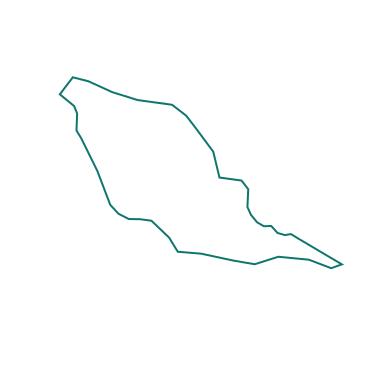 SVG path tracing the border of Gomba, rotated 35°
{"feature_id": "UGA-5600", "entity_name": "Gomba", "entity_type": "District", "adm_level": 1, "iso_a3": "UGA", "parent_name": "Uganda", "parent_adm1": "", "projection": "albers", "projection_center": [31.74, 0.19], "detail": "fine", "context": "isolated", "style": "outline", "palette": "teal", "viewbox_px": 384, "rotation_deg": 35, "n_neighbors": 0, "source": "natural_earth", "source_scale": "10m", "svg_char_len": 648}
<svg xmlns="http://www.w3.org/2000/svg" viewBox="0 0 384 384"><g transform="rotate(35 192 192)"><path d="M226.0,154.2L236.5,157.5L246.0,172.5L253.4,176.9L262.7,179.5L270.5,178.8L276.4,174.4L285.5,176.5L292.8,174.0L297.2,169.7L305.8,169.2L356.3,165.3L349.7,174.6L326.6,180.4L299.9,195.5L284.8,215.2L265.1,224.5L235.0,237.2L214.6,249.1L199.5,242.5L175.3,238.8L165.0,244.1L155.7,250.4L144.2,252.0L132.4,249.4L102.3,229.0L70.4,211.5L62.1,207.9L52.9,193.6L46.1,189.2L27.7,187.8L28.6,166.4L43.7,160.7L69.2,156.0L94.7,147.9L125.6,132.0L143.4,132.8L158.4,137.5L186.3,146.8L206.2,164.4L226.0,154.2Z" fill="none" stroke="#0f766e" stroke-width="2"/></g></svg>